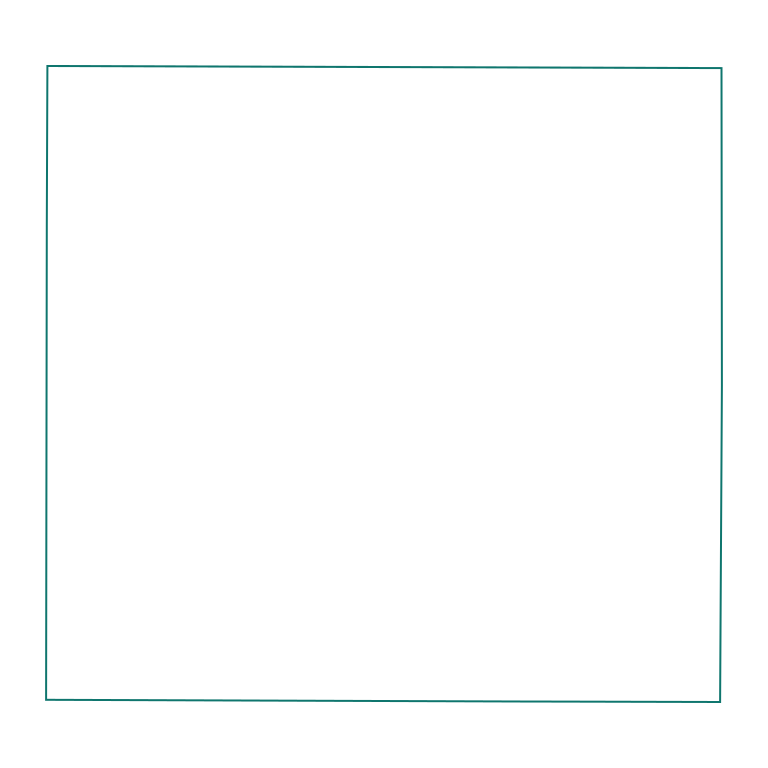 Cedar, Iowa, United States of America
{"feature_id": "52423323B563666297739", "entity_name": "Cedar", "entity_type": "district", "adm_level": 2, "iso_a3": "USA", "parent_name": "United States of America", "parent_adm1": "Iowa", "projection": "natural_earth1", "projection_center": [-91.134, 41.772], "detail": "fine", "context": "isolated", "style": "outline", "palette": "teal", "viewbox_px": 768, "rotation_deg": 0, "n_neighbors": 0, "source": "geoboundaries", "source_scale": "gbopen_adm2", "svg_char_len": 228}
<svg xmlns="http://www.w3.org/2000/svg" viewBox="0 0 768 768"><path d="M47.4,66.0L46.8,224.5L46.1,699.8L520.2,701.5L567.8,701.6L720.1,702.0L721.9,385.5L721.5,68.1L47.4,66.0Z" fill="none" stroke="#0f766e" stroke-width="2"/></svg>